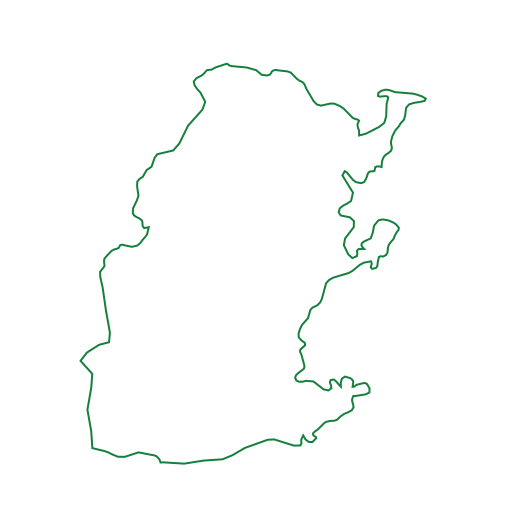 map outline of Rangpur (Natural Earth projection), rotated 80°
{"feature_id": "BGD-5492", "entity_name": "Rangpur", "entity_type": "Division", "adm_level": 1, "iso_a3": "BGD", "parent_name": "Bangladesh", "parent_adm1": "", "projection": "natural_earth1", "projection_center": [88.983, 25.892], "detail": "fine", "context": "isolated", "style": "outline", "palette": "green", "viewbox_px": 512, "rotation_deg": 80, "n_neighbors": 0, "source": "natural_earth", "source_scale": "10m", "svg_char_len": 4119}
<svg xmlns="http://www.w3.org/2000/svg" viewBox="0 0 512 512"><g transform="rotate(80 256 256)"><path d="M444.8,376.1L443.1,383.2L442.8,385.8L442.7,385.8L439.1,386.6L435.9,388.8L434.6,390.9L434.0,392.7L429.0,405.8L431.0,420.2L429.7,426.9L426.4,432.1L423.8,435.5L421.8,439.1L416.8,450.5L399.9,448.7L378.1,448.7L357.0,441.1L343.6,437.7L328.8,447.0L321.8,439.4L316.2,425.9L315.4,415.7L306.3,413.2L282.4,413.2L260.6,412.5L249.8,413.0L244.5,412.3L240.8,408.1L239.5,406.9L234.9,406.6L232.6,405.9L231.1,404.4L225.8,397.3L224.9,394.5L224.7,391.9L224.1,389.7L221.7,387.8L221.6,386.1L225.4,376.7L225.1,371.0L223.1,367.6L220.3,364.8L217.6,361.3L215.7,359.5L209.0,356.6L209.1,361.3L206.9,362.4L204.8,362.3L202.8,361.9L201.1,362.2L198.7,364.4L196.8,367.0L194.8,369.1L192.2,369.9L187.6,368.7L180.5,363.6L176.2,361.3L166.7,361.0L162.2,360.0L160.0,357.6L158.3,353.7L152.3,348.7L150.0,343.4L141.7,338.8L138.6,335.5L137.7,319.2L131.9,312.0L115.8,300.2L102.5,283.3L95.3,279.2L85.5,282.3L81.8,284.7L77.4,286.8L73.3,287.0L70.5,283.7L69.0,278.7L67.9,276.4L64.5,272.1L64.5,269.7L64.8,267.4L63.3,263.4L61.6,251.6L62.2,250.4L63.4,249.5L64.6,247.6L68.7,232.5L73.0,223.6L78.6,218.9L80.1,213.8L79.8,210.9L78.6,209.4L77.2,208.5L76.4,207.1L76.1,204.5L76.5,203.2L77.1,201.7L79.6,193.1L81.4,189.9L88.8,184.8L90.7,183.0L92.1,181.0L93.6,179.3L96.0,178.3L100.6,177.2L113.4,172.4L117.3,169.8L119.2,165.9L118.8,156.2L119.6,152.3L123.0,147.2L126.3,143.9L136.7,136.8L138.3,134.5L139.4,132.1L140.6,131.0L142.9,132.6L144.4,133.3L146.4,133.4L148.6,133.1L150.3,132.7L155.2,133.5L154.7,126.7L150.3,112.4L147.2,106.6L141.3,103.6L128.6,100.9L123.4,98.4L121.9,98.6L121.1,100.4L120.5,106.5L119.5,108.1L116.6,107.2L115.0,103.6L114.7,99.3L115.9,95.7L118.8,90.5L123.3,73.4L125.0,69.6L127.7,64.7L130.5,61.5L132.5,63.0L132.8,67.9L132.6,73.5L133.2,78.8L136.1,82.4L144.0,84.9L147.5,86.7L150.3,90.4L153.1,92.8L155.4,95.7L157.2,97.6L161.7,100.9L166.7,103.2L168.5,103.5L173.2,103.4L175.8,104.7L177.3,107.2L178.6,110.2L180.3,112.7L182.7,114.4L185.1,115.6L190.2,116.9L189.2,119.0L188.8,121.4L189.3,123.2L191.2,123.9L192.9,124.7L192.6,129.4L194.0,131.4L199.0,134.1L202.0,136.7L202.5,140.0L200.5,144.9L197.6,147.5L189.5,152.0L187.9,153.9L191.7,156.9L210.4,149.5L218.3,152.8L220.1,156.9L221.5,161.4L223.6,165.2L227.4,167.0L230.8,165.5L234.2,156.8L238.6,153.5L244.5,154.7L254.3,165.3L260.6,167.6L270.3,164.9L274.8,161.5L273.6,156.6L271.2,155.8L268.6,155.7L267.0,153.9L267.8,148.2L265.7,149.7L263.7,150.3L262.0,149.7L260.6,147.5L258.5,139.9L253.0,136.8L246.7,134.5L242.1,129.2L242.0,124.7L243.8,119.7L246.6,115.3L249.4,112.4L253.0,110.4L255.0,111.1L257.0,113.3L260.6,116.2L263.0,117.5L266.4,121.7L268.4,123.5L270.8,124.6L275.7,126.0L277.6,127.7L278.6,130.9L277.9,133.2L278.2,135.0L281.9,136.7L287.1,138.3L288.7,140.2L288.8,143.9L286.9,145.0L283.7,143.3L281.2,143.7L281.3,150.8L282.7,155.2L287.2,163.2L288.8,167.4L290.7,183.5L292.3,188.2L295.0,191.7L309.7,198.6L312.9,200.9L315.2,204.2L316.6,209.3L318.5,211.8L326.3,215.6L331.6,222.4L335.6,225.4L340.0,227.6L343.6,228.0L347.2,225.8L349.8,223.1L352.4,223.1L355.8,228.5L356.8,229.0L357.9,229.2L359.0,229.0L360.1,228.5L372.1,227.4L373.2,227.5L374.3,227.9L375.4,228.5L378.5,234.5L380.4,237.3L382.7,238.6L385.6,237.9L387.3,235.5L387.9,232.1L387.6,228.5L389.5,221.3L399.1,212.5L401.0,208.0L399.3,204.7L396.4,204.6L393.4,205.2L391.2,204.1L391.1,200.9L393.6,198.7L396.8,196.9L399.4,195.1L395.3,194.5L391.7,192.6L390.2,189.3L392.6,184.5L394.0,183.1L395.5,182.2L397.1,182.1L401.6,183.6L401.8,182.3L400.3,179.2L399.8,171.1L401.3,168.9L406.1,167.2L410.1,168.0L411.3,172.0L411.2,177.5L411.1,183.3L410.7,184.3L411.3,184.9L414.0,186.3L415.6,186.5L420.0,186.1L421.9,186.2L424.6,188.5L425.9,192.5L426.9,196.9L428.6,200.5L431.5,204.9L431.8,208.2L431.3,211.5L431.6,216.2L432.9,218.6L437.4,225.0L439.1,228.5L440.3,230.4L441.7,230.9L443.1,230.2L444.6,228.5L445.1,228.3L445.4,228.2L445.8,228.2L446.0,228.5L449.0,232.7L448.3,236.3L445.2,239.1L440.9,240.7L445.0,243.5L448.5,243.8L450.3,245.3L449.3,251.6L439.8,269.9L439.0,276.5L443.1,300.3L448.1,313.8L450.4,324.2L448.4,342.9L448.0,362.9L444.8,376.1Z" fill="none" stroke="#15803d" stroke-width="2"/></g></svg>